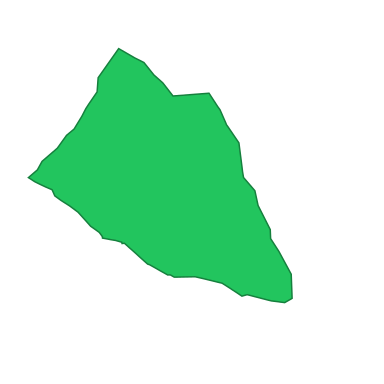 the district of Xatanbulag, Dornogovi, Mongolia, rotated 36°
{"feature_id": "93677404B73496308227774", "entity_name": "Xatanbulag", "entity_type": "district", "adm_level": 2, "iso_a3": "MNG", "parent_name": "Mongolia", "parent_adm1": "Dornogovi", "projection": "robinson", "projection_center": [109.203, 43.024], "detail": "fine", "context": "isolated", "style": "filled", "palette": "green", "viewbox_px": 384, "rotation_deg": 36, "n_neighbors": 0, "source": "geoboundaries", "source_scale": "gbopen_adm2", "svg_char_len": 1467}
<svg xmlns="http://www.w3.org/2000/svg" viewBox="0 0 384 384"><g transform="rotate(36 192 192)"><path d="M48.4,119.1L48.9,154.7L56.4,166.8L56.8,181.4L57.1,186.9L58.4,195.5L59.6,210.4L57.2,219.9L57.3,235.7L52.7,255.3L53.9,265.0L51.2,276.5L58.7,276.1L64.6,275.1L70.9,273.9L77.5,272.4L83.3,275.8L91.0,275.8L96.2,275.5L101.0,275.2L110.6,275.3L111.3,275.3L111.5,275.3L122.5,277.6L130.2,279.3L136.1,279.2L140.7,279.2L142.7,279.8L145.7,280.8L146.7,281.9L151.9,279.4L153.7,278.6L158.7,276.1L162.6,274.7L164.7,273.9L164.9,274.1L165.7,274.8L166.9,273.7L167.5,273.2L170.5,273.5L174.0,273.9L177.5,274.2L182.3,274.7L187.5,275.3L191.4,275.7L195.5,276.1L198.5,276.4L200.7,275.7L201.0,275.7L202.0,275.6L206.2,275.1L208.8,274.8L212.7,274.4L216.7,273.9L221.1,273.4L222.4,272.4L223.2,271.8L227.1,271.4L227.7,271.3L230.1,269.5L232.6,267.6L237.5,263.9L244.4,258.7L252.4,255.3L260.4,252.0L261.9,251.4L266.1,249.7L269.9,248.1L279.4,247.5L282.3,247.4L287.9,247.1L290.8,247.0L291.0,247.0L293.6,246.9L296.6,243.1L297.1,242.6L299.8,241.5L303.7,240.0L309.2,237.8L310.3,237.4L316.9,234.8L320.3,233.4L326.6,229.9L328.0,229.2L329.4,228.4L332.0,227.0L335.3,219.7L335.5,219.2L320.6,200.2L297.2,189.0L283.0,183.5L277.4,176.4L253.4,164.1L242.1,154.0L225.2,150.0L221.0,145.9L217.3,141.9L201.1,124.7L182.2,117.9L180.5,117.4L178.6,116.2L166.3,109.0L162.6,107.8L147.7,102.1L120.2,125.5L104.3,120.9L92.3,119.7L77.0,115.5L66.7,117.2L48.4,119.1Z" fill="#22c55e" stroke="#15803d" stroke-width="1.5"/></g></svg>